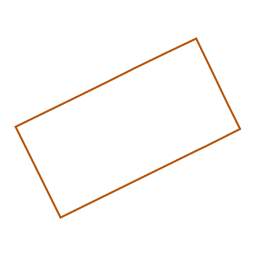 Eau Claire, Wisconsin, United States of America (orthographic projection), rotated 154°
{"feature_id": "52423323B20706139587208", "entity_name": "Eau Claire", "entity_type": "district", "adm_level": 2, "iso_a3": "USA", "parent_name": "United States of America", "parent_adm1": "Wisconsin", "projection": "orthographic", "projection_center": [-91.42, 44.727], "detail": "fine", "context": "isolated", "style": "outline", "palette": "amber", "viewbox_px": 256, "rotation_deg": 154, "n_neighbors": 0, "source": "geoboundaries", "source_scale": "gbopen_adm2", "svg_char_len": 350}
<svg xmlns="http://www.w3.org/2000/svg" viewBox="0 0 256 256"><g transform="rotate(154 128 128)"><path d="M27.7,78.0L27.9,107.3L27.6,144.8L27.5,178.5L60.9,178.8L94.5,178.9L128.0,178.5L161.3,178.4L195.0,178.4L228.5,178.4L227.9,77.1L78.8,77.6L65.1,77.5L58.5,77.6L56.1,77.6L55.6,77.6L27.7,78.0Z" fill="none" stroke="#b45309" stroke-width="2"/></g></svg>